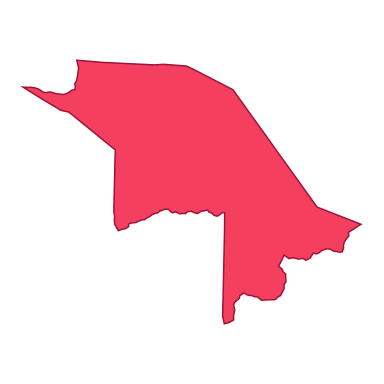 outline of Brejo Santo, Ceará, Brazil
{"feature_id": "56859067B35872262147230", "entity_name": "Brejo Santo", "entity_type": "district", "adm_level": 2, "iso_a3": "BRA", "parent_name": "Brazil", "parent_adm1": "Ceará", "projection": "orthographic", "projection_center": [-38.931, -7.585], "detail": "fine", "context": "isolated", "style": "filled", "palette": "rose", "viewbox_px": 384, "rotation_deg": 0, "n_neighbors": 0, "source": "geoboundaries", "source_scale": "gbopen_adm2", "svg_char_len": 1970}
<svg xmlns="http://www.w3.org/2000/svg" viewBox="0 0 384 384"><path d="M76.8,60.2L77.9,65.1L78.6,67.7L78.3,70.2L77.9,73.4L76.6,80.5L74.8,83.8L75.4,87.3L74.7,89.6L71.7,90.2L67.7,93.1L63.5,94.5L59.8,94.1L55.9,93.6L53.5,92.8L50.5,92.0L48.2,92.1L45.8,92.7L42.7,91.9L40.4,90.2L38.4,89.0L34.1,87.7L30.5,87.2L28.0,87.5L25.7,87.2L23.0,87.1L42.6,99.4L60.9,110.3L68.8,112.1L91.5,130.5L99.9,137.4L102.3,139.4L115.3,149.9L115.1,156.8L115.0,159.2L114.4,186.1L114.0,202.5L113.8,212.0L114.7,216.3L114.3,220.3L114.7,224.2L118.3,230.7L121.8,229.3L125.6,228.6L128.6,226.7L128.6,224.0L131.5,223.0L135.3,222.6L138.6,221.3L142.1,219.8L144.6,219.7L147.1,217.7L149.5,216.7L152.1,214.7L155.3,213.3L157.7,212.9L159.8,211.1L162.2,210.3L164.8,209.2L168.6,209.3L170.5,211.6L172.5,212.8L175.7,211.8L179.4,213.8L182.7,213.5L185.6,213.6L187.3,211.7L190.9,211.2L194.7,212.8L197.5,213.6L201.0,211.3L204.6,210.8L207.5,210.0L209.1,212.2L211.8,213.1L214.2,215.4L217.2,216.2L219.8,214.7L221.8,212.8L224.7,212.7L224.5,232.0L222.9,304.3L222.6,316.0L224.3,323.8L229.3,322.4L233.6,320.0L233.6,315.7L234.2,312.6L234.8,309.9L233.6,305.3L234.5,302.5L239.3,298.3L239.8,295.7L244.1,292.9L246.7,294.7L249.5,295.5L252.1,295.6L254.6,296.7L257.7,297.0L261.3,300.2L267.5,299.8L272.0,299.8L275.5,299.5L278.3,296.6L280.5,295.7L282.7,291.4L284.1,288.5L284.0,284.9L286.0,281.7L285.6,276.9L285.7,274.0L283.2,272.1L282.4,269.6L278.6,265.9L281.1,261.6L284.1,255.1L289.0,258.6L292.7,257.8L295.9,258.3L298.2,259.1L302.9,258.4L306.0,260.3L310.2,258.0L313.2,253.1L316.6,253.9L319.3,252.6L321.7,250.6L326.5,248.8L330.1,249.0L333.5,251.1L336.7,251.6L339.3,252.1L342.2,251.9L343.5,248.3L343.5,245.6L344.1,242.5L346.7,238.3L348.9,236.0L348.4,232.3L350.8,230.9L354.8,228.3L357.9,226.1L361.0,224.3L317.1,207.1L286.2,164.0L275.5,149.2L268.1,138.7L254.8,120.2L232.9,89.7L196.9,71.1L186.6,66.1L183.6,65.8L163.3,64.3L154.8,64.9L133.1,63.9L115.0,63.0L108.4,62.6L103.8,62.5L76.8,60.2Z" fill="#f43f5e" stroke="#9f1239" stroke-width="1.5"/></svg>